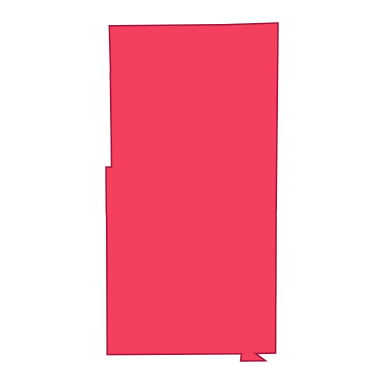 Vermilion, Illinois, United States of America
{"feature_id": "52423323B2069636466078", "entity_name": "Vermilion", "entity_type": "district", "adm_level": 2, "iso_a3": "USA", "parent_name": "United States of America", "parent_adm1": "Illinois", "projection": "albers", "projection_center": [-87.652, 40.18], "detail": "fine", "context": "isolated", "style": "filled", "palette": "rose", "viewbox_px": 384, "rotation_deg": 0, "n_neighbors": 0, "source": "geoboundaries", "source_scale": "gbopen_adm2", "svg_char_len": 591}
<svg xmlns="http://www.w3.org/2000/svg" viewBox="0 0 384 384"><path d="M107.2,354.6L163.0,354.3L241.5,353.8L240.6,361.0L265.5,360.8L255.5,353.5L275.6,353.1L275.7,305.3L275.7,303.1L275.8,301.7L275.8,296.4L275.9,290.8L275.9,289.6L275.9,283.3L276.1,217.4L276.0,211.3L276.2,209.3L276.2,209.2L276.3,197.3L276.3,193.4L276.4,185.5L276.7,153.9L276.7,153.6L277.9,38.8L277.9,31.5L278.0,30.8L278.0,30.7L278.0,23.0L226.1,24.7L109.3,25.8L110.5,70.1L110.3,72.7L111.3,143.1L111.5,167.0L106.0,167.1L106.3,212.4L106.6,215.3L106.8,244.0L107.2,354.6Z" fill="#f43f5e" stroke="#9f1239" stroke-width="1.5"/></svg>